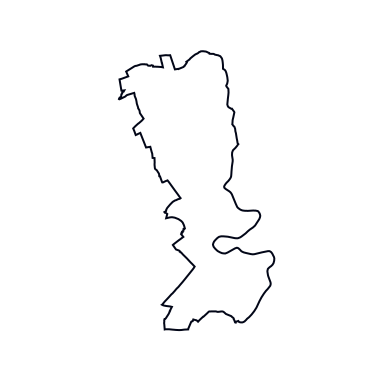 the district of Bogata, Mures, Romania, rotated 326°
{"feature_id": "2599482B98155528688237", "entity_name": "Bogata", "entity_type": "district", "adm_level": 2, "iso_a3": "ROU", "parent_name": "Romania", "parent_adm1": "Mures", "projection": "albers", "projection_center": [24.128, 46.48], "detail": "fine", "context": "isolated", "style": "outline", "palette": "ink", "viewbox_px": 384, "rotation_deg": 326, "n_neighbors": 0, "source": "geoboundaries", "source_scale": "gbopen_adm2", "svg_char_len": 6002}
<svg xmlns="http://www.w3.org/2000/svg" viewBox="0 0 384 384"><g transform="rotate(326 192 192)"><path d="M214.9,297.7L216.2,297.7L218.2,297.3L219.9,296.5L221.7,294.9L223.1,293.1L223.6,291.8L224.1,287.9L224.0,286.2L223.6,285.1L223.0,284.2L221.9,283.5L216.1,281.1L209.1,278.5L207.6,277.7L206.1,276.4L202.7,272.8L201.2,271.1L200.3,269.7L199.8,268.6L199.5,266.7L199.0,264.6L198.5,263.8L198.0,263.3L196.2,262.8L187.6,262.1L185.3,261.6L184.7,261.2L183.8,260.5L182.7,259.5L181.5,257.7L180.3,255.4L179.9,253.9L179.5,251.9L179.3,249.5L179.9,247.4L181.0,246.4L182.6,245.4L184.8,244.8L187.5,244.3L189.4,244.3L191.5,245.1L193.6,246.6L196.7,249.1L201.9,254.4L203.1,255.3L204.2,256.0L206.2,256.5L208.0,256.6L213.3,256.3L216.2,255.8L218.9,255.5L222.7,255.5L225.5,255.1L232.6,252.1L234.2,251.0L235.0,250.2L235.5,249.5L236.1,247.5L236.1,246.3L236.1,245.3L235.8,244.5L235.3,244.0L234.1,242.8L231.9,241.3L227.8,238.9L224.9,236.8L223.4,235.4L222.5,234.1L221.9,232.9L221.2,230.7L221.1,229.7L221.7,226.1L223.3,218.4L223.7,216.5L223.8,215.1L223.7,213.7L223.3,212.3L221.6,208.3L221.2,206.6L221.4,206.0L221.6,205.6L222.0,205.2L222.9,204.7L224.6,204.0L226.0,203.6L228.2,203.2L230.4,202.5L232.2,201.7L233.2,200.9L234.6,199.2L236.2,197.1L239.5,193.0L242.8,189.4L243.8,188.0L245.3,184.8L245.8,183.8L247.3,181.8L248.3,181.0L249.4,180.3L252.7,179.7L255.4,178.9L256.7,178.3L257.2,178.2L257.1,177.0L258.1,174.9L259.1,172.5L261.3,167.8L261.9,166.0L263.1,163.7L263.4,162.5L263.6,161.8L263.6,161.4L263.4,160.8L263.3,159.9L263.3,158.3L263.6,158.1L265.9,155.1L268.2,153.0L271.7,149.6L271.8,149.0L271.7,145.3L271.2,145.1L269.9,142.5L269.7,141.9L269.7,141.4L269.7,140.9L270.2,139.2L274.0,134.6L276.1,132.2L277.9,130.0L279.0,128.2L279.8,126.9L279.6,123.9L279.7,123.3L279.8,123.0L281.8,121.8L282.5,121.1L283.8,119.8L285.5,116.5L286.3,114.5L286.9,112.9L287.2,111.9L287.5,110.6L287.5,109.7L287.4,109.0L286.6,107.2L288.7,104.0L289.9,101.8L290.8,100.0L291.5,98.0L291.4,95.3L290.0,93.1L289.5,92.7L287.8,90.9L287.4,90.0L287.0,89.5L284.2,87.5L283.8,87.1L283.9,86.7L284.0,86.6L284.0,86.3L283.5,85.8L283.4,85.5L282.4,83.8L282.0,83.3L279.8,81.4L278.3,80.5L278.0,80.3L277.1,80.3L276.4,80.0L275.1,80.2L273.8,80.2L273.2,80.0L271.3,79.8L268.4,80.0L265.4,80.3L264.7,80.5L264.2,80.7L262.4,80.8L260.1,80.9L260.1,81.4L260.1,81.7L260.1,81.8L259.8,81.9L259.3,82.1L259.0,82.3L256.8,83.1L256.6,83.3L256.3,83.2L255.3,83.4L255.0,83.6L249.6,82.5L249.6,82.3L246.4,80.8L250.4,66.4L248.7,65.4L247.3,64.3L246.4,63.7L242.9,61.9L241.6,61.2L241.1,63.1L239.2,68.0L239.3,68.1L237.6,72.4L236.4,71.2L234.0,69.3L232.1,67.9L229.8,66.3L230.3,65.4L229.4,64.3L229.1,64.2L228.1,64.1L226.5,62.9L226.2,62.5L226.1,62.3L226.1,61.6L226.1,61.3L225.7,60.8L224.6,60.1L224.4,59.8L224.1,59.5L223.7,59.4L222.9,58.7L221.7,58.0L220.3,57.3L219.9,57.3L217.8,56.7L216.7,56.4L215.5,55.8L214.4,55.6L204.8,55.3L204.4,57.4L203.8,60.5L197.0,58.8L194.9,58.1L190.2,68.4L191.5,69.3L192.7,69.9L191.5,70.5L191.3,70.6L190.5,70.2L190.1,70.2L189.8,70.4L189.5,70.9L189.1,71.4L188.1,71.5L186.5,73.4L185.8,73.3L185.4,73.8L184.7,73.4L184.3,73.7L183.9,73.7L183.4,74.1L183.6,74.5L184.8,74.8L187.7,75.2L189.8,75.5L190.5,75.5L191.3,75.3L192.4,75.3L199.5,77.5L199.1,78.7L198.4,79.9L198.1,80.8L197.5,83.7L197.3,84.2L196.7,85.7L196.0,87.2L195.7,87.8L195.2,89.5L194.6,91.7L194.1,92.7L194.1,93.0L194.2,93.3L194.1,94.5L193.9,95.4L192.9,97.5L192.9,98.3L192.9,104.1L191.4,104.5L190.0,104.8L185.8,105.3L185.6,105.2L181.6,105.8L178.8,106.4L178.2,109.4L177.2,113.3L182.2,114.1L178.8,129.4L182.7,131.2L180.9,136.4L180.5,137.9L178.4,141.7L179.9,142.9L177.5,146.7L176.5,148.0L176.0,148.8L174.6,151.4L174.4,151.9L174.4,152.7L174.8,153.7L175.0,154.5L174.9,155.6L174.9,157.4L174.8,158.5L174.3,159.6L173.7,160.5L173.7,160.8L173.9,161.0L174.2,161.2L173.4,164.3L173.0,165.9L172.8,166.8L172.7,167.2L172.7,167.4L173.3,167.8L176.0,168.2L178.2,168.7L178.4,171.3L178.5,174.7L178.7,181.2L178.9,185.9L179.0,190.0L179.1,190.7L178.4,190.8L177.3,190.5L176.2,190.1L174.4,189.9L173.1,189.5L170.5,189.4L167.0,190.1L162.7,191.3L160.7,192.3L160.3,192.7L160.2,193.0L159.8,193.3L157.9,193.2L157.9,193.9L158.4,194.2L158.9,195.5L159.2,196.4L155.9,199.3L159.5,200.7L161.3,201.7L162.6,202.9L163.4,203.7L165.6,206.9L166.9,210.1L167.2,212.1L166.7,215.2L165.7,218.2L164.6,217.9L164.5,218.5L163.4,218.7L163.1,219.4L161.8,219.3L161.8,219.7L161.4,219.8L161.4,220.2L160.1,220.2L160.0,220.9L159.4,221.0L159.7,224.4L155.3,224.6L154.8,224.6L152.8,224.7L148.3,225.0L147.1,225.1L146.5,225.2L146.6,230.7L148.0,232.6L148.7,233.7L148.8,234.8L148.6,234.9L149.0,235.7L148.9,235.8L149.2,236.2L149.5,238.6L150.6,244.0L151.5,249.8L151.9,251.6L152.5,255.3L151.0,256.0L149.0,256.7L134.1,261.3L130.4,262.3L127.7,263.1L125.4,263.5L123.5,264.0L123.0,264.2L119.0,265.2L117.8,265.3L113.8,266.3L108.0,267.6L104.4,268.7L104.1,268.7L104.5,269.5L105.3,270.5L107.0,272.2L109.1,274.0L110.0,274.8L111.1,276.0L107.1,278.2L107.2,278.4L104.3,280.1L99.6,282.1L98.5,282.3L98.2,282.0L97.3,282.7L96.8,283.6L95.5,285.2L95.2,285.9L92.5,290.7L93.5,291.1L96.5,293.2L98.4,294.8L101.6,297.4L104.1,299.3L106.1,300.5L108.7,301.8L112.0,303.8L112.4,303.3L118.7,299.2L119.1,299.1L119.4,299.1L119.9,299.4L120.3,299.5L121.8,298.4L122.6,299.4L123.9,300.8L124.3,301.7L124.5,302.9L126.1,302.5L127.7,302.2L131.5,301.6L131.7,301.8L136.9,301.0L138.9,300.6L139.5,300.7L142.0,302.3L144.8,304.2L145.2,304.5L145.5,304.9L146.0,305.5L146.5,305.9L148.0,306.7L149.5,307.4L150.7,308.3L151.3,309.5L151.9,312.0L152.0,312.2L155.2,317.0L155.2,317.6L155.8,319.4L155.9,320.2L155.4,320.9L155.4,322.0L155.3,322.7L155.0,323.2L154.8,324.2L154.9,324.4L155.2,324.7L155.4,324.5L155.8,324.1L156.3,324.3L156.9,324.4L157.1,324.5L158.3,324.8L158.3,325.9L158.9,326.8L159.7,327.5L160.9,328.3L161.6,328.5L163.1,328.7L165.4,328.3L166.8,327.9L169.3,327.7L172.9,326.9L176.9,325.6L180.8,323.9L187.1,320.1L190.7,318.2L194.9,316.4L198.1,315.3L200.4,314.8L202.9,314.0L204.4,313.5L205.4,312.7L206.1,311.8L206.6,310.7L208.0,304.9L208.4,303.6L209.8,300.6L210.3,299.7L211.9,298.2L213.1,297.9L214.9,297.7Z" fill="none" stroke="#020617" stroke-width="2"/></g></svg>